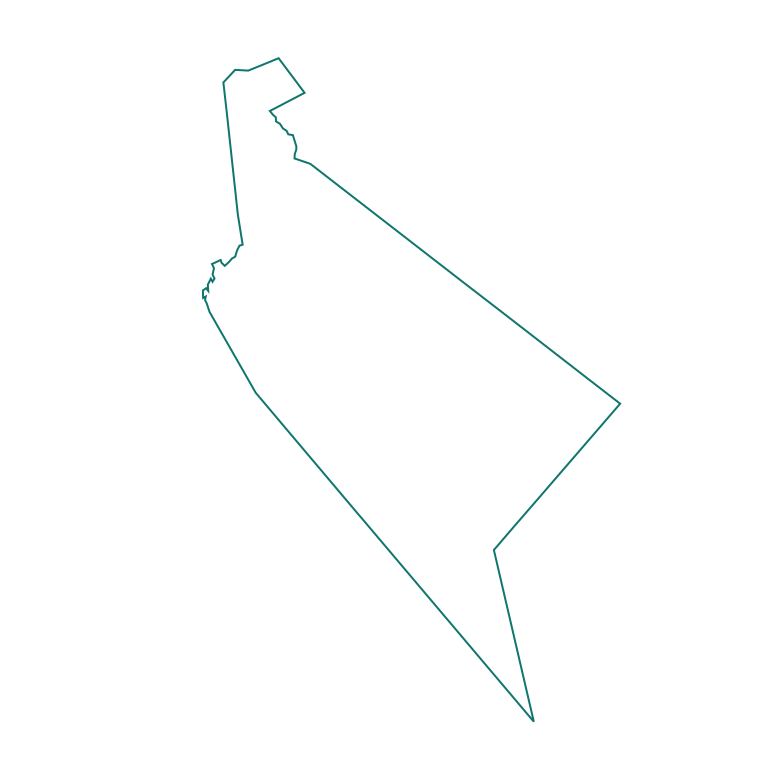 the district of Santa Luz, Piauí, Brazil, rotated 15°
{"feature_id": "56859067B18968818228242", "entity_name": "Santa Luz", "entity_type": "district", "adm_level": 2, "iso_a3": "BRA", "parent_name": "Brazil", "parent_adm1": "Piauí", "projection": "natural_earth1", "projection_center": [-44.236, -9.056], "detail": "fine", "context": "isolated", "style": "outline", "palette": "teal", "viewbox_px": 768, "rotation_deg": 15, "n_neighbors": 0, "source": "geoboundaries", "source_scale": "gbopen_adm2", "svg_char_len": 908}
<svg xmlns="http://www.w3.org/2000/svg" viewBox="0 0 768 768"><g transform="rotate(15 384 384)"><path d="M616.1,671.4L533.1,515.9L546.3,488.4L563.4,453.2L617.2,341.9L579.2,326.0L487.8,287.6L434.1,265.2L304.9,211.0L255.8,190.4L239.2,189.3L238.3,185.1L238.6,180.2L237.8,177.1L234.2,171.4L231.6,167.2L226.9,167.6L224.3,164.6L220.2,163.3L216.3,159.7L211.8,158.3L210.4,154.3L207.2,152.8L203.1,149.8L231.9,123.3L197.9,96.6L171.8,116.4L158.9,119.1L150.8,134.3L162.9,165.1L198.9,258.0L211.4,286.0L208.6,287.8L207.6,292.4L207.4,296.0L207.3,299.5L204.7,302.1L202.7,306.2L199.6,311.1L195.8,309.0L194.1,306.5L190.2,309.8L186.8,312.6L189.8,316.2L190.1,322.7L193.0,326.0L191.9,329.6L189.5,327.1L188.1,333.7L190.1,339.5L187.4,337.5L184.9,340.5L187.0,347.7L189.2,345.6L189.4,349.2L191.9,352.0L196.8,359.5L262.4,425.7L301.9,453.2L393.5,516.9L396.9,519.2L616.1,671.4Z" fill="none" stroke="#0f766e" stroke-width="2"/></g></svg>